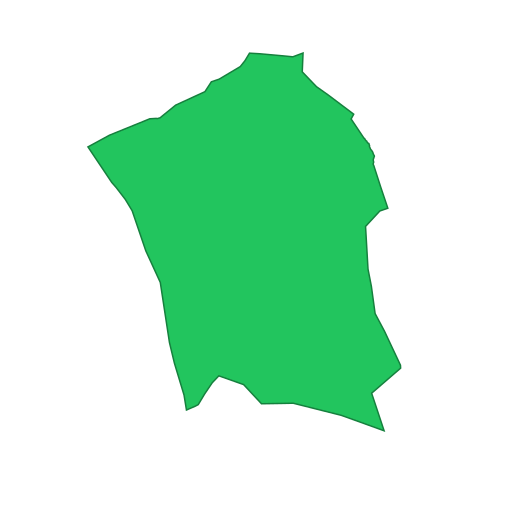 Bogd, Övörhangay, Mongolia (Robinson projection), rotated 77°
{"feature_id": "93677404B40761087888007", "entity_name": "Bogd", "entity_type": "district", "adm_level": 2, "iso_a3": "MNG", "parent_name": "Mongolia", "parent_adm1": "Övörhangay", "projection": "robinson", "projection_center": [102.15, 44.534], "detail": "fine", "context": "isolated", "style": "filled", "palette": "green", "viewbox_px": 512, "rotation_deg": 77, "n_neighbors": 0, "source": "geoboundaries", "source_scale": "gbopen_adm2", "svg_char_len": 1449}
<svg xmlns="http://www.w3.org/2000/svg" viewBox="0 0 512 512"><g transform="rotate(77 256 256)"><path d="M68.8,164.5L70.2,175.3L67.1,184.5L59.8,206.8L56.9,216.7L63.1,222.7L67.9,228.7L75.4,252.2L76.2,260.3L84.4,268.8L90.9,300.3L99.8,318.5L99.9,321.5L99.5,322.1L98.4,328.6L105.3,371.5L111.9,395.2L151.9,380.0L157.7,376.9L171.5,370.6L184.0,366.5L226.2,362.2L260.2,355.2L320.9,359.8L342.2,359.6L375.3,357.4L390.4,358.4L388.7,349.1L388.0,346.4L387.8,345.7L378.8,337.0L369.7,327.2L364.4,319.2L378.5,297.0L401.2,283.9L405.5,263.8L407.8,252.9L430.4,208.8L455.1,170.5L415.7,174.2L397.8,140.3L394.9,139.8L358.3,147.7L338.9,152.9L311.5,150.4L293.9,149.8L251.8,142.6L240.0,125.2L239.1,116.8L216.6,119.0L194.3,120.9L193.2,121.2L192.6,121.1L192.0,120.8L191.0,120.2L190.4,120.2L189.7,120.2L189.0,120.2L188.3,120.0L187.8,119.7L187.5,119.4L187.1,119.4L186.5,118.9L186.2,118.7L185.4,118.2L184.9,118.2L184.3,118.4L183.7,118.6L181.9,118.9L181.3,118.8L180.5,119.1L179.6,119.4L179.0,119.6L178.4,120.0L177.9,120.3L177.2,120.4L176.5,120.5L176.0,120.6L175.6,120.7L175.0,120.8L174.6,120.8L174.2,120.6L173.8,120.5L173.4,120.6L172.7,120.7L171.8,120.7L171.4,121.1L171.1,121.6L170.5,121.9L170.0,122.1L169.7,122.2L169.1,122.2L168.8,122.5L168.6,122.7L168.3,123.0L167.9,123.1L167.5,123.3L167.1,123.5L166.4,123.6L165.9,123.8L165.2,124.5L164.7,124.6L143.9,132.5L139.8,128.9L115.5,149.3L104.6,159.0L87.0,169.5L68.8,164.5Z" fill="#22c55e" stroke="#15803d" stroke-width="1.5"/></g></svg>